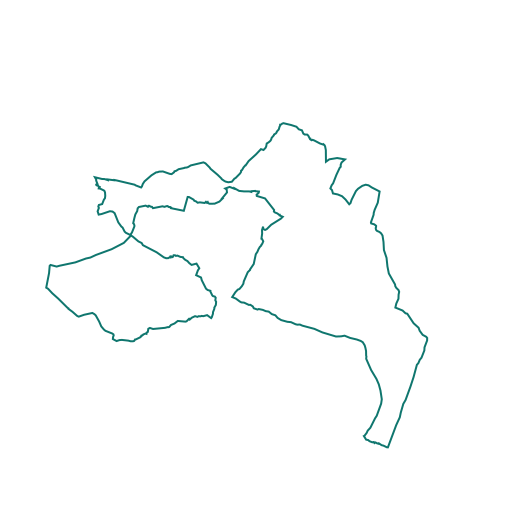 the district of Arusha, Arusha, United Republic of Tanzania, rotated 110°
{"feature_id": "72390352B32479700182608", "entity_name": "Arusha", "entity_type": "district", "adm_level": 2, "iso_a3": "TZA", "parent_name": "United Republic of Tanzania", "parent_adm1": "Arusha", "projection": "orthographic", "projection_center": [36.712, -3.359], "detail": "fine", "context": "isolated", "style": "outline", "palette": "teal", "viewbox_px": 512, "rotation_deg": 110, "n_neighbors": 0, "source": "geoboundaries", "source_scale": "gbopen_adm2", "svg_char_len": 6118}
<svg xmlns="http://www.w3.org/2000/svg" viewBox="0 0 512 512"><g transform="rotate(110 256 256)"><path d="M167.1,209.2L163.6,209.1L161.4,208.4L152.1,208.2L144.5,207.5L143.2,206.9L141.4,207.6L138.9,207.6L134.8,205.4L136.2,213.3L140.1,220.2L143.5,222.5L132.6,226.6L129.3,228.6L128.3,229.7L127.9,230.9L128.3,231.0L128.4,234.3L127.5,240.9L127.5,242.6L128.2,243.3L127.8,245.0L127.1,245.1L127.1,245.8L125.0,248.1L124.4,249.4L125.2,251.8L124.8,253.4L122.2,255.8L122.3,259.1L120.7,262.2L120.9,267.8L121.8,275.6L122.6,276.6L124.2,277.7L124.4,278.2L125.2,277.9L126.3,278.1L129.3,277.9L132.0,279.0L132.8,278.9L133.9,279.2L135.7,280.6L136.5,280.5L139.6,281.7L141.5,281.6L142.9,281.9L145.0,283.1L146.6,284.4L149.5,283.9L151.0,284.0L153.8,285.2L153.9,287.9L160.6,290.8L169.3,295.4L174.3,296.7L174.4,297.0L177.0,298.0L179.9,298.5L180.9,299.2L182.0,298.8L183.9,299.2L189.8,301.9L190.6,302.7L194.5,304.1L196.2,307.3L196.5,310.2L196.2,311.8L195.5,314.5L195.0,315.0L192.8,319.9L189.6,328.6L188.7,329.8L186.2,335.2L186.0,337.4L193.2,348.3L195.6,350.2L196.5,351.3L197.5,353.3L197.9,353.6L200.9,358.4L203.3,360.2L204.3,361.6L205.3,361.6L207.9,363.3L208.3,365.1L208.4,372.4L209.8,375.8L211.1,377.4L211.5,378.4L215.9,381.8L224.0,386.3L227.0,387.0L229.7,387.0L230.9,387.4L230.8,393.3L230.5,394.4L232.6,412.3L233.0,415.1L233.3,415.0L234.8,421.7L235.4,421.3L235.5,424.6L236.3,427.1L237.1,434.3L238.9,432.2L239.8,432.0L242.4,429.7L243.5,430.6L243.8,430.5L244.1,429.5L243.5,428.9L244.5,427.8L244.6,426.4L245.1,426.4L245.3,427.0L246.3,426.9L246.0,425.7L246.4,421.6L246.6,420.8L247.9,419.6L251.1,418.2L253.4,417.7L255.1,418.2L259.8,418.3L261.8,421.1L263.4,421.1L264.6,420.1L268.2,420.1L270.9,418.0L269.4,415.5L263.9,408.6L263.3,406.0L264.1,403.5L271.5,396.9L274.4,392.6L274.9,391.1L278.0,387.8L278.7,386.2L279.3,380.6L278.2,381.1L276.3,380.6L269.9,380.4L269.1,380.6L267.8,381.5L267.2,382.6L261.8,383.3L258.2,383.6L254.4,383.0L251.7,383.5L250.0,382.8L246.4,376.9L246.7,374.4L245.6,374.2L245.3,373.2L245.7,372.2L245.4,370.5L246.3,369.2L241.3,360.9L241.1,358.8L239.8,357.2L239.3,356.1L239.8,355.0L239.3,353.2L239.7,351.9L240.1,352.0L238.2,339.3L223.9,340.4L223.5,339.1L224.4,333.9L225.2,332.9L225.2,331.0L225.9,329.1L224.8,327.1L223.7,322.3L222.2,321.6L222.8,320.3L221.8,319.8L222.7,318.9L222.8,317.6L221.0,312.8L217.4,309.0L213.5,307.1L213.5,307.6L206.2,305.0L203.6,306.3L203.1,308.0L200.1,304.4L200.2,299.3L199.7,299.5L200.6,294.1L199.4,289.4L197.6,284.4L197.4,282.3L196.7,282.5L195.1,279.0L195.3,278.7L194.4,275.3L195.7,275.1L198.2,276.4L199.3,275.8L198.8,267.2L206.6,254.7L208.1,254.4L208.6,253.1L208.7,250.5L209.4,248.3L209.2,247.8L209.8,247.6L210.0,244.3L212.4,245.4L221.4,252.4L227.1,255.1L228.4,256.4L228.2,258.3L226.0,259.4L229.6,259.2L232.8,257.9L237.9,256.8L237.9,256.2L239.7,254.2L242.4,254.3L243.6,254.8L244.3,254.6L246.2,255.5L249.0,256.0L251.5,256.1L254.4,256.8L264.3,255.4L270.6,257.0L271.1,256.8L274.0,258.2L284.0,258.8L286.4,258.4L289.3,259.0L292.7,260.3L293.8,261.6L297.1,263.0L302.7,264.3L302.9,260.4L304.3,255.7L304.6,253.9L303.9,251.2L304.4,246.0L303.8,244.6L304.5,241.7L305.9,240.2L305.8,236.2L304.9,235.3L304.3,231.1L304.5,228.0L303.9,225.0L305.2,221.3L305.1,217.5L306.8,214.5L307.6,210.4L307.1,204.0L306.2,200.5L306.6,195.5L306.4,193.7L305.4,191.3L305.6,188.6L304.5,176.2L305.1,167.5L304.3,153.3L302.4,148.6L300.6,145.5L300.8,139.6L300.0,132.7L300.0,128.6L300.5,126.2L302.8,123.3L305.0,121.7L307.6,120.1L312.0,118.4L312.6,117.9L314.9,117.3L323.8,108.8L330.3,100.8L334.6,96.7L339.9,93.0L347.6,88.8L352.0,87.9L364.9,87.9L367.8,88.6L378.3,89.8L381.9,91.3L384.4,91.5L387.9,92.6L388.3,93.0L390.9,89.7L390.6,87.5L391.2,86.1L391.3,83.0L390.5,81.7L391.3,80.7L390.3,79.9L390.7,77.8L390.0,76.7L390.5,76.3L390.3,75.3L390.8,73.3L390.6,71.3L391.0,67.6L390.7,66.6L366.9,66.4L358.4,65.7L353.5,66.4L344.5,67.0L340.2,66.2L326.0,66.2L316.1,66.5L303.2,67.6L301.2,66.8L297.5,66.6L295.0,65.7L287.2,65.5L284.2,66.4L276.9,66.3L274.5,67.1L273.7,68.4L273.1,72.4L270.3,76.6L267.8,78.7L265.3,84.9L258.5,94.1L258.7,95.9L257.1,99.6L256.8,107.4L252.6,107.9L247.5,107.5L243.5,108.8L240.7,109.2L239.3,110.4L237.9,113.4L236.7,114.8L235.2,115.6L227.0,125.2L220.9,128.9L213.1,132.7L206.7,137.8L199.2,141.0L193.5,144.1L191.9,146.2L191.2,148.2L191.0,151.0L190.3,152.2L188.8,153.1L187.6,153.1L186.5,153.5L185.8,155.7L186.0,158.9L185.1,159.5L177.0,159.6L175.3,160.1L172.0,160.3L164.3,159.8L153.1,161.9L152.0,170.6L151.1,174.4L151.5,177.3L153.7,180.1L157.9,183.1L160.8,184.3L170.4,185.4L174.0,185.3L175.5,186.1L172.3,191.2L170.4,195.6L170.2,200.2L170.9,205.1L168.1,207.1L167.1,209.2ZM373.6,401.8L370.0,397.4L365.5,390.3L365.9,388.0L366.6,386.3L371.2,381.0L375.1,377.3L377.1,373.8L377.8,371.9L378.0,364.6L378.4,363.2L379.2,362.6L381.2,362.6L383.0,362.1L383.6,357.9L381.7,355.5L380.7,353.3L379.2,347.0L379.0,344.6L378.2,342.4L377.4,341.4L375.8,341.1L375.6,340.5L371.8,336.8L371.2,336.8L370.5,336.2L370.0,336.4L369.0,335.3L368.3,335.1L366.6,333.2L366.6,332.3L365.3,332.5L364.3,331.7L361.2,332.3L359.9,331.1L359.8,327.8L354.6,316.9L353.0,314.6L352.8,313.8L352.3,313.2L349.9,312.3L347.3,309.5L343.8,307.3L341.8,299.8L341.1,298.9L337.8,297.4L337.7,297.0L338.4,296.9L338.5,296.6L335.9,295.2L333.4,292.7L333.2,290.2L332.2,289.3L331.6,287.4L330.9,286.6L330.6,285.0L328.3,281.7L329.7,276.9L328.7,276.6L325.0,276.7L323.5,277.2L319.8,277.1L318.8,277.5L315.7,277.0L312.7,277.8L311.5,279.1L309.0,279.6L308.2,280.8L308.4,282.7L308.0,283.6L304.8,286.9L304.3,287.0L304.5,289.8L303.8,291.8L297.3,298.7L295.0,300.3L294.5,305.7L289.4,305.7L286.9,305.1L283.5,309.3L286.4,313.5L285.5,316.3L284.2,318.7L283.8,321.2L282.8,323.6L282.1,324.2L282.7,326.7L282.5,330.0L283.3,331.3L283.0,332.2L283.5,333.7L285.2,333.8L285.6,334.1L285.4,335.4L286.4,335.6L286.0,336.4L286.5,336.5L288.0,337.7L288.8,339.6L288.8,342.1L286.5,350.6L284.5,366.0L282.9,367.9L282.5,371.5L279.9,378.5L279.5,380.5L288.9,384.7L299.0,394.0L309.8,406.8L314.1,411.1L316.5,414.9L323.8,423.6L332.3,437.2L334.1,439.7L334.7,446.0L335.8,446.5L342.9,444.6L357.5,442.3L357.9,440.2L360.7,434.7L363.7,427.2L369.1,415.5L369.4,414.3L369.8,414.2L371.2,409.4L373.5,403.5L373.6,401.8Z" fill="none" stroke="#0f766e" stroke-width="2"/></g></svg>